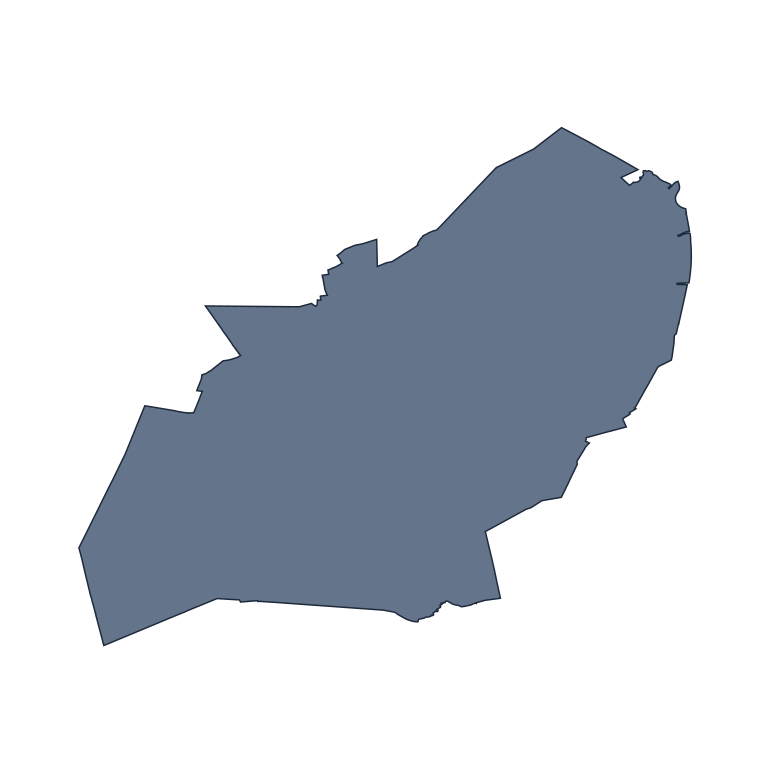 outline of Zundert, Noord-Brabant, Netherlands, rotated 355°
{"feature_id": "6326949B5198989789548", "entity_name": "Zundert", "entity_type": "district", "adm_level": 2, "iso_a3": "NLD", "parent_name": "Netherlands", "parent_adm1": "Noord-Brabant", "projection": "equal_earth", "projection_center": [4.663, 51.486], "detail": "fine", "context": "isolated", "style": "filled", "palette": "slate", "viewbox_px": 768, "rotation_deg": 355, "n_neighbors": 0, "source": "geoboundaries", "source_scale": "gbopen_adm2", "svg_char_len": 5962}
<svg xmlns="http://www.w3.org/2000/svg" viewBox="0 0 768 768"><g transform="rotate(355 384 384)"><path d="M583.2,144.1L553.5,163.0L515.5,177.9L514.8,178.5L514.6,178.3L468.2,219.2L451.2,234.2L451.4,233.8L449.9,235.3L449.3,235.3L447.5,235.6L445.6,236.0L442.4,237.1L441.3,237.4L440.0,238.2L438.2,238.8L436.6,239.5L435.6,239.8L435.3,240.5L434.9,240.9L434.6,241.5L434.3,241.7L434.0,241.9L433.8,242.1L433.2,242.3L432.9,242.6L432.5,243.3L430.4,246.1L429.4,248.3L429.5,248.4L429.7,248.0L429.9,248.6L429.1,249.1L428.8,249.4L428.3,249.5L425.6,251.1L402.9,262.7L402.2,262.9L396.7,263.5L387.6,266.4L389.3,239.3L375.2,242.4L367.1,243.3L356.7,246.5L356.2,246.8L351.9,249.9L348.5,251.8L350.8,255.5L352.5,259.9L352.7,260.0L352.1,260.2L350.6,261.1L346.3,263.0L342.2,264.2L340.2,265.0L338.1,265.5L338.5,269.9L331.9,270.3L332.1,272.4L332.3,272.4L333.4,284.8L334.2,287.8L335.3,290.7L335.0,290.7L328.3,290.9L328.2,291.0L328.4,294.8L327.9,295.0L325.4,294.5L325.0,294.5L324.3,299.3L322.9,300.6L320.6,299.1L319.8,298.4L318.9,297.4L306.3,299.7L212.9,290.7L221.7,305.8L224.2,310.1L224.3,310.0L225.2,311.4L225.0,311.5L227.5,315.8L228.3,317.5L229.1,318.7L230.7,321.4L230.8,321.4L231.3,322.2L231.2,322.2L236.2,330.9L236.6,332.0L236.9,332.5L238.0,334.1L239.3,336.3L239.5,336.2L240.0,337.2L239.9,337.3L241.5,340.0L241.6,339.9L242.5,341.3L242.3,341.4L243.7,343.2L239.5,344.9L233.6,346.2L232.0,346.5L229.5,346.7L225.7,346.9L212.4,355.7L212.0,355.7L207.8,358.0L203.4,359.0L202.9,361.1L202.7,362.4L202.4,363.2L200.3,367.5L200.2,367.7L199.2,369.7L199.0,370.0L196.9,374.3L202.3,375.5L199.5,381.2L199.5,381.3L194.9,390.4L191.9,396.1L187.9,395.9L187.9,396.0L187.0,396.0L187.1,395.8L182.7,395.1L175.5,393.2L174.0,392.6L154.3,387.5L144.5,385.0L144.4,385.1L143.8,384.9L120.1,431.2L105.8,455.1L100.3,463.9L86.3,487.0L65.8,520.6L67.8,532.2L69.8,546.6L72.8,566.2L72.9,566.7L72.9,567.6L73.8,571.5L74.3,574.4L74.4,575.7L74.8,577.1L76.6,587.8L76.8,587.8L76.9,588.1L76.7,588.2L76.9,589.7L82.1,620.1L155.5,596.8L165.7,593.7L168.2,592.8L172.6,591.4L199.0,583.2L221.2,586.5L222.1,588.7L239.2,588.8L239.2,589.6L239.8,589.5L255.6,591.9L363.6,609.2L375.0,612.4L377.7,614.8L385.5,620.1L388.9,621.7L391.8,622.9L393.5,623.3L396.9,623.9L397.1,623.4L397.4,623.1L397.8,621.9L398.6,621.4L399.6,621.2L403.5,620.8L404.6,620.2L405.0,620.0L408.1,619.9L409.4,619.7L410.0,619.7L410.3,619.5L410.6,618.8L410.7,618.6L410.9,618.5L411.0,618.6L411.3,618.9L411.5,619.0L412.8,618.7L413.1,618.5L413.3,618.3L413.3,617.8L412.8,616.8L412.8,616.7L414.0,616.0L414.6,615.3L415.1,615.0L415.6,615.0L416.4,615.3L417.0,615.4L417.4,615.3L417.9,614.9L418.0,614.4L418.0,613.8L418.0,613.6L417.8,613.5L417.5,613.5L416.9,613.6L416.6,613.5L416.8,613.2L418.4,612.6L419.0,612.1L420.1,611.8L420.8,611.3L420.9,611.2L421.0,610.8L420.9,610.5L420.4,609.7L420.4,609.3L420.6,609.2L421.2,609.3L421.9,608.8L422.7,608.3L422.7,608.2L422.4,607.8L421.9,607.7L421.7,607.6L421.7,607.4L421.8,607.2L422.0,607.1L422.3,607.1L423.0,607.4L424.2,607.5L424.6,606.9L424.8,606.7L425.1,606.7L425.7,607.1L426.2,606.6L426.2,606.3L426.4,606.1L426.8,605.9L427.6,605.7L427.9,605.6L433.8,609.6L436.0,610.3L439.1,611.2L441.8,612.7L445.0,612.5L450.8,611.8L451.2,611.7L453.4,610.9L455.4,610.3L456.8,610.7L456.9,610.0L465.8,608.3L481.3,607.6L479.1,590.3L477.8,579.3L476.6,570.2L474.4,555.5L472.1,539.8L514.4,521.3L517.4,520.5L519.3,520.2L531.1,514.0L550.9,512.3L551.0,511.9L551.1,511.6L551.4,511.3L552.9,508.8L554.0,507.1L555.9,504.0L556.0,503.7L559.3,498.3L559.5,497.8L569.3,481.3L569.5,480.8L569.6,480.3L569.4,478.2L569.6,477.6L577.0,467.7L579.8,463.8L583.4,460.7L579.8,458.5L579.7,458.4L580.1,457.9L581.0,455.0L581.2,454.9L581.7,454.9L585.9,454.2L596.0,452.3L621.6,447.9L620.2,443.7L618.9,440.0L618.9,439.7L619.0,439.4L619.4,439.1L625.2,436.1L626.6,435.2L626.3,434.9L626.0,434.2L625.9,433.8L626.0,433.7L626.4,433.7L626.7,433.6L627.2,433.3L628.3,432.9L630.1,432.0L630.4,431.8L631.3,431.5L632.1,431.0L632.6,430.7L632.0,430.5L631.5,430.1L631.4,429.8L632.0,429.7L632.1,429.4L633.2,427.9L644.6,411.1L647.3,407.3L658.0,391.4L658.5,391.1L659.5,390.1L660.0,390.1L672.4,385.2L672.5,384.5L673.1,382.8L673.6,380.9L676.4,368.6L676.7,366.7L677.4,361.5L677.7,360.9L678.1,360.3L678.8,359.8L679.5,359.5L682.7,349.3L682.9,349.6L692.0,320.8L692.0,320.7L694.8,311.5L684.6,310.3L684.7,309.2L696.6,309.8L697.5,306.3L698.4,302.2L698.9,299.6L699.8,294.9L700.4,291.0L700.8,287.7L701.3,283.5L701.6,278.7L701.9,273.2L701.9,268.3L702.0,267.3L702.2,264.0L702.0,260.6L701.6,260.4L699.3,260.3L697.4,260.5L696.1,260.7L694.3,261.3L692.0,262.2L690.1,262.5L690.0,261.9L689.8,261.9L689.8,261.6L690.0,261.4L690.9,261.4L691.5,261.2L694.5,259.9L696.4,259.2L698.9,258.7L701.6,258.6L701.2,253.0L700.6,246.9L700.0,240.7L699.8,240.8L699.7,239.9L700.1,239.8L699.8,235.7L698.0,235.1L696.0,234.1L695.1,233.5L693.5,232.2L692.8,231.5L692.2,230.7L691.7,229.9L691.2,229.1L690.9,228.2L690.7,227.3L690.5,226.4L690.4,225.5L690.5,224.6L690.6,223.7L690.9,222.8L691.2,222.0L691.6,221.1L692.1,220.3L694.7,216.7L695.3,215.3L695.4,214.7L695.6,213.3L695.5,211.8L695.4,211.0L694.5,207.7L692.9,208.1L691.9,208.5L690.3,209.5L688.7,211.1L685.1,214.3L684.5,213.9L684.3,213.4L684.8,212.7L685.8,212.4L687.3,210.8L686.9,210.4L686.6,209.9L686.2,209.6L685.5,209.3L684.4,208.7L682.8,207.7L679.7,206.3L677.8,204.9L676.9,204.2L676.3,203.6L674.3,201.1L673.6,200.5L672.8,199.9L670.4,198.7L669.9,198.1L669.9,197.0L669.7,196.6L669.0,196.0L666.5,194.6L664.0,195.0L663.5,194.7L663.1,194.3L662.5,194.2L661.7,194.2L660.9,194.3L660.5,195.8L660.8,197.2L660.8,197.7L660.6,198.6L660.5,198.9L660.0,199.1L659.8,199.3L659.6,199.5L659.0,200.6L658.7,200.9L658.4,200.8L657.9,200.3L657.4,200.1L657.2,200.1L656.7,200.8L656.7,201.0L656.8,201.3L657.4,201.8L657.6,202.0L657.4,202.4L656.9,202.9L655.2,204.5L654.8,204.7L651.5,205.0L650.9,205.1L650.7,205.0L650.5,204.8L650.3,204.7L650.1,204.7L649.0,205.6L647.6,206.5L646.6,207.0L645.9,207.5L638.1,199.0L655.7,192.6L632.4,176.4L621.0,169.1L610.2,161.5L600.8,155.4L583.2,144.1Z" fill="#64748b" stroke="#1e293b" stroke-width="1.5"/></g></svg>